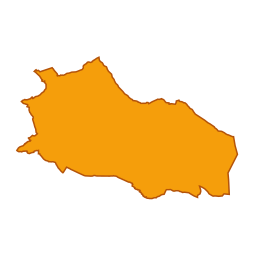 Cacica, Suceava, Romania, rotated 182°
{"feature_id": "2599482B8508193610540", "entity_name": "Cacica", "entity_type": "district", "adm_level": 2, "iso_a3": "ROU", "parent_name": "Romania", "parent_adm1": "Suceava", "projection": "natural_earth1", "projection_center": [25.884, 47.647], "detail": "fine", "context": "isolated", "style": "filled", "palette": "amber", "viewbox_px": 256, "rotation_deg": 182, "n_neighbors": 0, "source": "geoboundaries", "source_scale": "gbopen_adm2", "svg_char_len": 5802}
<svg xmlns="http://www.w3.org/2000/svg" viewBox="0 0 256 256"><g transform="rotate(182 128 128)"><path d="M238.3,101.6L237.0,100.8L236.2,100.5L234.3,100.7L233.4,100.4L232.1,101.1L228.6,101.4L228.0,101.2L228.1,100.8L228.1,100.5L228.0,100.3L227.5,99.5L226.2,99.1L225.7,99.0L223.9,99.8L222.5,100.2L221.3,100.4L221.3,101.0L220.8,101.5L220.3,101.8L219.6,101.9L219.0,102.3L217.7,102.2L216.7,102.5L216.6,101.6L216.6,99.6L216.6,99.1L215.3,99.1L215.0,98.2L214.3,97.6L213.5,96.7L211.3,94.1L209.7,93.0L208.9,92.6L207.1,92.3L206.7,92.0L206.3,91.6L203.2,91.5L201.8,91.7L200.0,91.2L199.4,91.0L199.0,90.3L198.4,88.8L198.0,88.6L197.8,88.2L197.6,87.7L197.0,86.8L196.3,85.6L194.7,84.0L193.4,82.5L192.1,81.4L191.5,81.0L191.1,81.4L188.0,86.7L184.9,85.4L183.8,84.7L182.0,84.0L176.5,81.6L170.3,79.0L169.0,78.7L163.2,78.6L161.5,78.8L160.8,79.3L159.4,79.4L158.0,79.0L155.9,79.0L144.3,79.3L144.0,79.4L141.3,79.5L141.0,79.8L140.2,79.6L138.4,79.5L138.0,79.3L137.4,79.2L136.7,78.6L135.9,78.2L125.9,74.1L125.2,73.9L124.4,74.0L124.0,73.9L123.7,73.5L123.3,73.4L121.9,72.9L121.7,72.7L121.9,72.2L121.3,71.7L121.7,71.1L121.8,70.1L120.6,69.6L119.0,68.4L119.3,68.0L119.2,67.8L117.6,66.9L117.2,67.0L116.6,67.0L116.0,66.8L115.8,66.3L115.2,66.5L114.0,66.2L113.8,65.9L113.9,65.5L114.4,64.8L114.0,64.6L113.5,64.2L113.2,64.3L113.0,64.2L112.8,64.1L112.8,63.8L112.1,63.0L112.1,62.5L111.5,62.2L111.1,62.2L111.0,61.8L110.8,61.1L110.3,60.9L110.5,60.6L110.4,60.4L109.7,60.1L109.3,59.7L108.6,59.4L107.8,59.6L108.0,59.2L107.9,59.1L107.5,59.1L107.0,58.7L106.2,58.5L104.7,58.4L104.3,58.3L102.1,58.3L100.9,58.5L100.1,59.0L99.1,59.2L98.5,59.3L97.4,59.2L96.7,60.0L95.7,60.6L94.8,60.7L93.8,61.3L92.3,62.4L91.0,62.8L89.6,63.0L87.8,67.3L87.4,67.7L84.7,67.8L83.7,68.0L82.6,67.7L81.2,66.9L80.8,66.7L80.4,66.7L79.9,66.5L79.5,66.6L78.7,66.7L78.1,67.0L76.7,67.0L75.7,67.1L74.8,66.8L74.1,66.4L73.3,66.3L71.8,65.8L71.4,65.5L69.3,65.8L64.9,65.4L63.5,64.5L59.6,62.4L56.1,61.1L56.2,62.4L56.0,63.2L53.7,64.7L53.4,66.1L53.1,66.7L53.2,68.5L54.5,72.4L53.7,72.2L51.5,71.2L49.3,70.0L47.4,68.3L46.0,67.0L44.7,65.1L41.9,63.5L40.6,62.9L39.3,63.1L37.5,63.1L34.9,62.9L31.4,63.4L30.0,65.3L29.5,65.5L24.5,65.2L25.7,80.0L26.5,86.6L17.7,105.5L20.4,114.2L22.2,123.0L22.9,122.9L24.9,123.6L27.4,124.6L28.5,124.8L30.3,125.7L30.9,126.2L31.7,126.7L34.2,127.9L36.4,128.1L36.6,128.0L37.0,128.0L37.7,128.2L38.4,128.7L38.5,129.1L39.7,130.2L41.5,131.4L41.6,131.6L41.7,132.1L46.4,135.1L48.3,136.0L51.7,138.5L57.5,142.0L61.2,144.2L63.1,146.6L63.9,147.9L64.6,148.8L66.6,149.7L67.2,150.2L67.3,150.6L69.4,152.6L70.0,153.6L71.7,155.0L72.3,155.2L72.9,155.1L73.5,155.3L73.8,155.6L74.4,155.9L75.5,156.2L77.4,156.4L78.1,157.6L78.7,157.1L79.7,157.1L80.7,156.6L80.7,155.6L81.2,154.1L81.6,153.4L85.6,153.8L86.2,153.7L86.3,153.5L87.0,153.5L87.2,153.3L87.9,153.4L87.9,154.5L90.8,154.7L92.0,155.9L92.7,156.9L93.5,157.6L94.0,157.8L95.0,158.0L95.3,158.5L95.5,158.5L95.7,158.4L95.8,158.1L96.7,158.1L97.3,157.7L98.0,157.8L98.5,157.7L99.4,157.8L100.0,157.4L104.7,155.1L108.1,153.0L108.8,154.1L109.9,154.2L110.3,154.1L110.7,153.6L111.2,153.3L116.2,153.1L116.7,153.7L117.3,153.9L118.8,154.2L118.9,154.6L119.3,154.8L120.3,155.2L122.5,155.5L124.0,155.6L124.3,156.1L124.7,156.5L125.1,156.8L126.2,157.2L128.2,158.7L129.1,160.0L129.9,160.6L132.0,161.7L132.6,162.1L134.5,164.4L138.9,168.6L139.4,169.8L139.7,170.3L140.3,171.0L141.5,171.9L142.0,172.6L143.1,174.5L143.6,175.9L144.0,176.5L145.5,178.2L145.7,178.8L145.9,179.7L146.3,181.2L149.5,184.0L150.7,185.9L151.2,187.3L151.6,188.2L151.9,188.5L153.6,189.1L154.1,189.5L154.6,189.9L155.4,191.5L156.1,192.4L157.1,192.9L158.7,194.3L159.0,194.9L159.5,197.7L161.6,196.6L164.4,194.5L164.9,194.4L165.5,193.7L165.9,193.5L165.9,193.3L166.3,192.8L166.8,192.6L167.0,192.4L167.7,192.2L169.5,192.6L170.6,192.4L171.2,192.0L171.3,191.5L171.7,191.1L172.3,190.6L172.8,190.4L173.1,190.1L173.5,189.8L173.6,189.6L174.6,189.0L174.7,188.7L174.9,187.8L174.8,186.6L174.9,186.1L175.3,185.6L175.6,185.1L176.1,184.7L177.3,184.3L180.4,182.9L182.0,182.3L182.6,182.2L185.8,181.9L186.4,181.8L188.2,181.0L189.3,180.7L190.8,180.5L191.3,180.3L192.7,179.2L194.3,178.5L194.7,178.4L195.4,178.6L196.2,178.4L197.1,178.6L197.6,178.0L198.0,177.8L199.0,178.0L200.4,177.6L200.6,178.0L200.6,178.4L200.4,178.7L200.5,179.3L200.7,179.7L203.8,183.0L204.5,184.1L204.8,184.5L205.1,184.6L205.9,185.6L218.0,181.1L218.8,181.9L219.7,182.5L221.2,182.0L221.9,183.0L222.5,182.6L223.7,181.3L222.5,180.6L218.5,177.1L218.0,176.7L217.0,175.0L216.8,174.9L215.8,173.2L215.5,173.1L215.3,173.2L215.2,173.1L215.8,172.0L213.3,171.1L213.4,171.6L213.0,171.9L212.8,170.6L212.4,169.9L211.7,169.2L211.3,168.4L211.4,167.8L211.3,166.4L211.3,164.9L211.5,164.2L212.0,163.8L212.7,162.9L213.0,162.4L213.2,161.6L213.7,161.2L214.3,160.8L215.6,159.8L216.9,158.2L219.2,156.7L221.7,156.1L222.6,155.2L223.1,154.9L223.8,154.2L224.4,154.2L224.6,154.6L224.6,155.5L224.9,155.6L225.1,155.5L225.5,155.2L226.5,153.9L229.5,152.8L231.2,152.6L232.1,152.9L233.3,152.2L233.8,152.2L234.1,151.9L235.5,150.8L235.4,150.6L234.7,150.2L233.7,149.1L233.2,148.9L232.7,148.7L231.8,148.6L230.8,148.2L229.7,148.1L229.0,147.7L228.9,147.5L229.7,145.8L227.4,145.2L227.5,144.5L227.5,142.4L227.0,141.1L226.9,140.5L226.3,139.8L225.4,138.5L225.4,138.3L225.2,138.0L224.6,137.4L223.6,136.3L223.3,136.1L223.2,135.8L223.1,135.1L223.2,134.2L223.6,133.8L223.4,132.8L222.0,128.8L221.2,126.0L220.5,124.5L220.1,123.4L219.9,121.9L219.6,120.2L218.9,119.7L218.4,119.1L220.0,117.6L220.9,116.9L221.8,116.8L223.2,117.3L225.7,114.9L227.1,114.6L227.1,114.3L226.8,114.1L226.0,112.9L225.7,112.6L224.8,112.3L224.8,112.1L225.1,111.6L226.3,111.3L227.0,111.1L227.3,111.1L228.9,110.0L228.8,109.8L229.6,109.3L230.2,108.5L230.6,108.4L230.7,108.5L231.5,107.3L232.3,106.5L233.6,106.1L235.5,105.3L236.9,104.1L237.2,103.4L237.8,102.7L238.1,102.0L238.3,101.6Z" fill="#f59e0b" stroke="#b45309" stroke-width="1.5"/></g></svg>